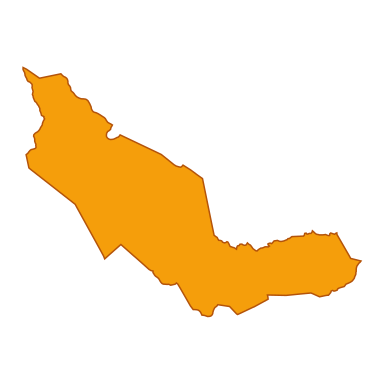 Jacobina, Bahia, Brazil (Albers equal-area conic projection)
{"feature_id": "56859067B82313605605441", "entity_name": "Jacobina", "entity_type": "district", "adm_level": 2, "iso_a3": "BRA", "parent_name": "Brazil", "parent_adm1": "Bahia", "projection": "albers", "projection_center": [-40.536, -11.082], "detail": "fine", "context": "isolated", "style": "filled", "palette": "amber", "viewbox_px": 384, "rotation_deg": 0, "n_neighbors": 0, "source": "geoboundaries", "source_scale": "gbopen_adm2", "svg_char_len": 4295}
<svg xmlns="http://www.w3.org/2000/svg" viewBox="0 0 384 384"><path d="M202.5,178.6L197.3,174.9L190.6,169.9L183.0,165.1L181.9,166.4L180.7,167.2L179.0,166.9L177.4,166.4L176.3,166.1L174.1,164.8L161.3,154.5L158.6,153.2L150.2,149.2L120.1,134.9L119.2,136.2L118.3,137.1L117.2,137.4L115.5,138.3L113.5,139.2L112.0,139.4L110.5,139.5L109.2,139.2L108.0,138.5L107.1,137.6L106.5,136.5L106.4,135.1L106.7,133.1L107.7,131.5L109.2,130.6L110.6,129.3L110.9,127.6L111.6,126.5L112.4,125.0L111.0,124.1L109.4,123.3L107.7,122.3L106.9,121.2L106.1,120.0L105.4,118.7L104.3,117.6L102.9,116.7L101.8,116.0L100.3,115.0L99.3,114.4L97.8,113.5L96.0,112.7L94.4,112.3L93.2,111.7L92.3,110.6L91.4,108.8L91.1,106.9L90.5,105.5L89.6,103.5L88.8,102.2L88.0,100.8L87.1,100.0L85.8,99.2L83.8,98.9L81.3,98.8L79.4,98.2L77.2,97.1L75.9,96.0L74.9,94.9L74.2,93.8L73.2,92.6L72.1,91.7L71.0,90.6L70.7,89.0L70.5,87.5L69.7,86.0L68.4,84.5L67.9,82.9L67.9,81.2L67.4,79.4L66.7,78.3L65.3,77.2L63.9,76.6L62.6,75.6L60.9,73.8L39.5,78.2L26.5,69.2L23.1,67.5L23.0,69.2L23.5,70.6L24.5,72.3L24.9,73.9L25.1,75.5L25.8,77.0L26.6,78.4L27.2,80.2L28.2,81.5L29.7,82.0L30.7,82.9L32.1,84.4L32.2,86.3L32.0,87.6L32.4,89.0L32.8,90.3L33.1,91.6L32.7,93.1L32.4,94.6L33.0,95.8L33.3,97.6L34.2,99.8L34.9,101.4L35.9,102.1L36.8,103.2L37.5,104.6L38.4,105.5L39.0,106.8L39.8,108.4L39.9,110.7L40.6,112.2L41.1,113.7L41.5,115.4L42.7,116.0L43.9,116.6L43.9,117.8L44.6,118.9L43.4,120.9L42.5,123.2L42.2,125.1L41.4,126.3L40.5,127.7L40.0,128.9L39.0,130.4L37.6,131.8L36.3,132.5L35.0,133.4L33.8,134.8L33.6,136.2L34.3,137.6L34.7,139.0L34.7,141.2L35.3,143.0L35.9,144.2L35.8,145.8L36.1,147.2L35.5,148.3L34.0,148.9L32.5,149.3L31.1,149.6L30.0,150.5L28.8,151.9L27.9,153.2L26.1,154.7L28.9,167.9L29.8,168.7L31.4,170.0L75.2,204.3L76.8,207.3L99.6,248.7L103.5,255.9L104.7,258.9L108.9,255.1L120.9,244.5L133.9,256.0L135.8,257.6L142.1,263.2L149.0,269.4L151.0,270.6L153.0,271.0L153.0,272.6L153.8,273.8L154.5,275.0L155.5,276.2L156.9,277.1L158.5,278.4L159.3,279.6L160.1,281.1L160.9,282.3L161.9,283.4L163.2,284.1L164.7,284.2L167.0,284.4L168.8,284.3L170.7,285.2L172.5,284.8L174.2,284.4L175.3,284.1L176.4,283.0L177.8,284.1L178.8,285.8L179.9,287.6L188.8,303.1L190.4,305.9L193.2,309.6L194.9,309.6L196.4,309.7L197.9,310.0L199.3,310.8L200.3,311.9L201.2,313.5L201.9,315.1L203.5,315.3L204.7,315.5L205.9,315.9L207.6,316.5L209.4,316.4L210.9,316.0L212.1,314.9L212.7,313.7L212.9,312.3L213.4,310.5L214.0,309.1L214.9,307.5L216.2,306.6L217.1,305.8L217.8,304.7L229.6,306.5L234.9,312.1L236.6,313.9L237.6,314.5L240.9,313.0L252.9,307.3L254.0,306.9L268.1,299.2L267.9,297.0L267.4,295.0L286.1,295.4L300.1,294.0L310.9,293.0L312.5,293.6L319.6,296.8L325.2,295.6L326.9,295.3L328.5,295.2L329.7,293.8L330.8,292.4L331.2,291.0L332.7,290.4L333.9,291.1L335.1,290.9L337.1,290.2L337.9,288.7L339.0,288.1L340.8,287.5L342.6,287.0L344.3,286.5L345.3,285.1L346.2,284.0L347.4,283.6L348.7,283.0L349.8,282.5L350.9,281.9L352.2,281.0L353.1,279.9L353.8,279.0L354.4,278.0L354.7,276.7L355.4,275.4L355.9,273.9L355.8,272.7L356.2,271.5L356.2,270.1L356.3,268.4L356.8,266.3L358.0,264.5L358.9,263.2L360.0,262.3L361.0,261.0L350.6,258.4L349.7,256.6L337.0,234.6L336.8,232.9L335.6,233.4L334.6,234.3L332.8,233.7L330.7,233.0L329.8,233.8L329.6,235.5L328.4,235.6L326.9,235.1L325.5,234.5L323.8,234.8L322.3,234.9L320.6,234.9L319.3,234.9L318.1,234.5L316.5,234.3L314.9,233.1L313.5,231.7L312.4,230.8L312.0,232.2L311.0,233.4L309.3,233.4L308.3,233.9L307.1,234.2L306.1,233.1L304.7,233.4L304.3,235.2L303.5,236.1L291.9,236.6L290.8,237.4L289.4,238.5L288.0,238.6L287.2,239.6L285.6,240.2L284.0,240.9L282.7,241.2L280.9,241.5L279.2,241.2L277.4,240.4L275.7,240.7L274.1,240.9L273.1,242.1L271.7,243.6L270.2,243.1L269.1,243.3L267.9,244.0L268.3,245.2L269.4,246.1L268.3,246.9L266.6,246.8L265.1,246.8L263.8,247.4L262.3,248.0L260.8,248.1L259.5,248.9L258.1,249.8L257.4,250.8L256.1,250.9L254.6,249.9L253.0,248.7L251.9,247.1L251.1,246.0L250.4,245.1L248.9,244.3L247.4,242.9L246.8,243.9L245.9,245.1L244.5,245.3L243.3,245.0L241.9,244.1L240.0,244.2L239.0,245.6L237.5,245.9L236.8,247.3L236.5,249.2L235.0,248.2L233.9,247.6L232.8,247.4L231.6,246.9L230.2,246.5L229.6,245.4L228.8,243.6L227.9,242.1L226.9,241.7L225.9,242.5L224.5,242.9L222.6,242.2L221.7,240.9L220.2,240.4L218.7,240.3L217.9,239.0L217.2,237.5L216.0,236.7L214.1,235.3L210.8,219.4L202.5,178.6Z" fill="#f59e0b" stroke="#b45309" stroke-width="1.5"/></svg>